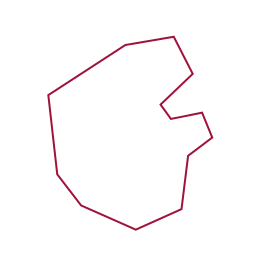 the district of Termez city, Surkhandarya, Uzbekistan, rotated 11°
{"feature_id": "79887680B32786671178541", "entity_name": "Termez city", "entity_type": "district", "adm_level": 2, "iso_a3": "UZB", "parent_name": "Uzbekistan", "parent_adm1": "Surkhandarya", "projection": "orthographic", "projection_center": [67.33, 37.241], "detail": "fine", "context": "isolated", "style": "outline", "palette": "rose", "viewbox_px": 256, "rotation_deg": 11, "n_neighbors": 0, "source": "geoboundaries", "source_scale": "gbopen_adm2", "svg_char_len": 324}
<svg xmlns="http://www.w3.org/2000/svg" viewBox="0 0 256 256"><g transform="rotate(11 128 128)"><path d="M155.5,98.8L181.2,62.5L155.5,29.7L109.6,47.0L43.5,110.9L67.4,187.0L96.8,213.0L155.0,226.3L196.0,197.4L192.3,143.8L212.5,121.3L197.8,98.8L168.4,110.9L155.5,98.8Z" fill="none" stroke="#9f1239" stroke-width="2"/></g></svg>